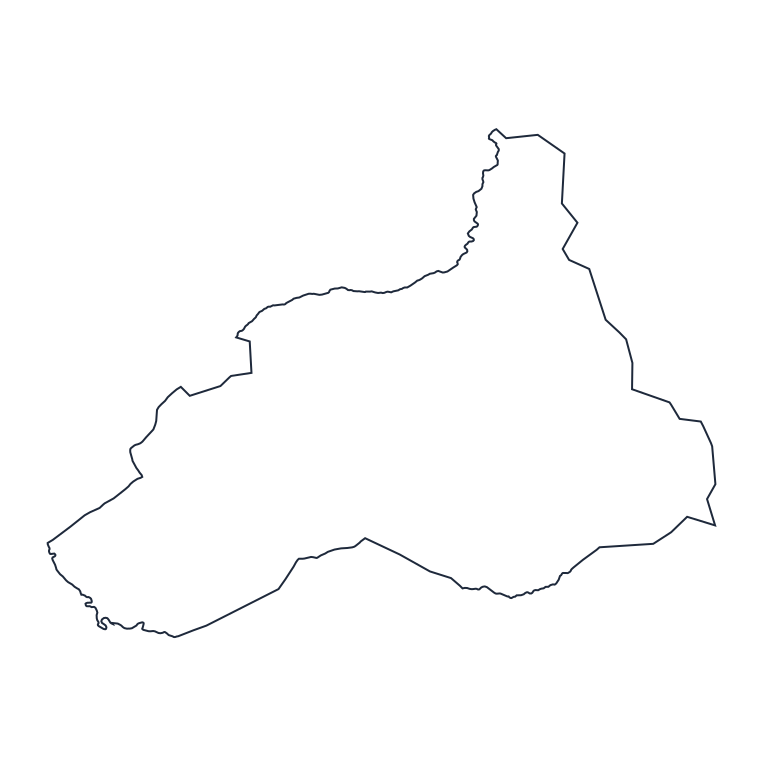 Xovd, Hovd, Mongolia (Equal Earth projection), rotated 181°
{"feature_id": "93677404B84217279169077", "entity_name": "Xovd", "entity_type": "district", "adm_level": 2, "iso_a3": "MNG", "parent_name": "Mongolia", "parent_adm1": "Hovd", "projection": "equal_earth", "projection_center": [91.437, 48.034], "detail": "fine", "context": "isolated", "style": "outline", "palette": "slate", "viewbox_px": 768, "rotation_deg": 181, "n_neighbors": 0, "source": "geoboundaries", "source_scale": "gbopen_adm2", "svg_char_len": 6154}
<svg xmlns="http://www.w3.org/2000/svg" viewBox="0 0 768 768"><g transform="rotate(181 384 384)"><path d="M532.6,428.0L519.0,424.2L516.7,392.8L537.0,389.4L538.6,388.0L547.5,379.1L578.0,368.8L587.1,377.6L591.2,375.0L595.7,371.1L600.0,367.0L602.6,363.3L606.2,359.9L608.9,357.0L610.5,354.2L611.1,343.1L612.0,339.4L613.8,334.5L620.9,326.6L624.5,322.2L625.8,321.1L627.0,320.3L629.2,319.4L630.8,319.0L632.4,318.3L635.7,315.6L636.5,314.5L636.6,313.1L636.5,311.4L634.4,304.4L634.1,302.8L630.1,295.7L628.3,293.4L626.8,291.1L624.7,288.7L624.1,286.9L625.8,285.9L628.8,284.9L633.0,282.1L635.8,279.6L637.6,277.2L640.7,274.4L652.3,264.9L661.2,259.8L662.8,258.4L666.2,255.1L675.6,250.7L681.0,247.5L694.9,236.0L712.5,222.3L717.5,219.2L717.4,217.9L716.4,215.5L715.6,214.1L715.5,213.1L716.0,211.9L716.0,210.7L715.8,210.0L715.3,208.9L714.8,208.3L714.1,208.2L710.7,208.7L710.2,208.3L709.6,207.5L709.6,206.7L710.1,206.0L712.3,204.8L712.7,203.8L712.2,202.2L709.7,197.5L708.6,194.2L708.3,192.9L707.6,191.9L704.5,188.1L701.8,186.0L698.4,182.1L696.4,180.4L692.3,178.1L689.9,175.9L687.1,174.2L685.5,173.4L684.1,171.4L683.6,169.6L682.9,168.0L681.7,168.1L679.3,167.2L678.5,166.4L677.2,165.7L675.6,165.8L673.9,164.9L673.1,164.0L672.4,161.8L672.5,160.8L672.9,160.3L676.7,160.1L677.9,159.7L678.6,159.1L678.2,157.4L677.5,156.7L676.2,156.6L674.3,156.7L672.4,155.8L670.1,156.1L669.2,155.6L668.5,155.0L667.2,152.4L666.6,150.4L667.3,147.9L667.1,144.7L666.5,142.7L665.5,141.3L665.2,140.1L665.9,138.6L665.8,137.8L665.1,137.0L660.1,134.2L658.5,133.9L657.6,134.4L657.3,136.0L658.1,137.7L659.9,139.0L661.8,140.2L662.5,141.9L661.9,143.6L660.0,145.1L658.2,145.4L656.5,145.0L655.2,143.5L653.4,140.6L652.4,139.9L650.8,139.2L651.3,140.3L646.0,139.8L643.2,138.4L642.1,137.6L641.0,136.5L639.3,135.4L636.9,134.9L633.9,135.0L631.8,135.4L627.3,138.2L626.6,139.3L625.9,140.0L624.7,140.6L621.6,141.5L620.8,141.3L620.3,141.0L620.1,140.1L620.9,136.7L621.5,135.0L620.4,134.0L615.0,132.7L612.9,132.7L610.5,133.0L608.7,132.7L605.1,131.1L603.2,130.9L600.9,131.4L599.4,132.2L598.6,132.1L596.9,131.0L594.9,129.2L590.9,128.0L589.9,127.4L589.0,127.3L587.9,127.5L587.0,127.9L585.4,128.2L570.3,134.4L557.4,139.3L485.9,177.1L479.2,187.0L471.2,199.8L468.9,204.2L467.2,206.7L466.0,207.8L462.0,207.9L460.5,208.1L453.9,209.8L451.8,209.6L448.5,208.9L447.7,209.1L444.2,211.5L439.8,213.5L437.2,215.2L430.6,217.6L424.1,218.9L417.8,219.4L413.0,220.1L411.1,220.7L409.9,221.4L407.8,223.1L405.4,225.1L404.6,226.1L400.2,229.5L365.3,213.8L334.8,197.4L313.6,191.1L304.7,183.7L301.9,181.0L299.9,181.5L297.4,181.5L294.9,180.7L293.0,180.4L291.3,180.5L288.9,180.9L287.7,180.8L286.8,180.3L285.7,180.2L285.0,180.4L283.5,182.0L282.0,182.9L280.3,183.3L279.5,183.3L277.6,182.7L270.1,177.2L268.8,176.5L267.7,176.3L264.8,176.6L263.8,176.5L256.9,173.7L255.7,173.8L255.0,173.0L253.9,172.3L252.8,172.2L250.8,173.4L249.1,173.7L247.7,175.0L243.3,175.2L240.6,176.2L239.0,177.6L237.4,178.3L236.5,178.2L234.6,177.1L233.2,177.1L232.1,177.8L230.9,179.7L230.3,180.2L229.1,180.6L226.2,180.5L224.5,181.6L223.1,182.1L220.8,182.5L218.9,184.0L216.1,184.1L214.1,185.8L211.6,186.6L209.8,186.4L208.3,187.6L207.3,189.2L205.9,191.4L204.7,195.1L203.5,196.0L202.7,197.5L202.0,198.1L201.2,198.2L198.4,198.2L197.4,198.1L196.8,198.2L194.9,199.4L194.0,200.5L193.6,201.6L193.0,202.3L191.4,203.8L182.0,211.7L168.5,221.9L165.7,224.5L112.0,228.9L94.3,240.8L78.6,256.5L50.5,248.4L59.0,274.6L50.9,289.6L54.8,327.4L56.0,330.5L64.1,347.4L66.6,352.0L87.8,354.3L96.7,368.5L98.2,370.6L135.9,383.1L136.0,409.4L142.7,432.9L149.6,439.7L163.5,452.1L180.8,502.6L201.1,511.3L207.7,522.1L193.4,548.6L209.3,567.6L207.5,617.6L234.6,635.8L266.2,631.9L276.1,640.7L277.7,640.0L279.7,638.6L280.7,637.5L281.3,636.3L283.1,634.6L283.5,633.7L283.2,632.6L283.4,631.3L283.1,630.8L279.9,629.6L279.0,628.6L277.4,627.4L276.4,627.0L275.8,626.4L275.9,625.9L276.2,625.2L276.1,624.5L273.4,620.9L273.3,619.9L273.5,619.1L274.2,618.0L275.2,614.8L275.7,614.5L276.1,613.9L276.1,613.3L274.1,609.5L274.1,608.6L274.2,607.4L274.2,605.7L274.5,605.0L278.0,602.9L279.8,601.4L282.4,599.7L283.6,599.4L286.6,599.5L287.7,599.3L288.5,598.4L288.7,596.5L288.3,594.1L288.7,592.6L289.2,591.7L289.1,590.3L288.3,588.3L288.2,587.4L288.9,586.0L289.1,584.8L289.0,583.6L290.0,580.9L292.9,578.5L295.1,577.7L297.3,576.1L298.2,574.6L297.8,570.9L296.6,567.3L294.4,562.5L295.3,560.3L295.0,559.4L294.2,557.6L294.5,553.9L297.0,550.7L297.0,549.5L296.4,548.2L293.1,545.9L292.8,545.1L293.0,544.2L293.5,543.4L294.1,542.9L297.0,542.5L297.8,541.9L298.9,540.0L301.3,538.1L302.8,536.0L301.8,533.6L300.6,532.6L297.6,531.3L296.8,530.4L296.7,529.4L297.3,528.6L298.0,528.3L299.0,528.0L301.2,527.9L301.9,527.4L302.5,526.6L303.0,525.7L304.4,524.7L305.4,523.7L305.8,522.8L305.6,521.9L304.0,520.5L303.2,519.6L303.0,518.0L303.7,516.9L307.0,515.3L308.4,514.1L309.7,512.3L310.2,510.5L310.8,509.5L311.9,509.0L312.8,508.0L313.0,507.1L312.5,506.1L312.4,504.9L313.3,503.9L316.7,501.7L322.5,497.6L325.9,496.6L327.3,496.5L331.7,498.0L333.4,497.5L335.0,496.3L336.4,495.7L340.2,495.0L341.5,494.1L345.3,492.5L347.7,490.3L349.7,489.0L351.2,488.3L352.5,488.0L354.8,486.0L359.3,482.8L362.5,480.9L364.9,480.9L366.5,480.3L367.8,479.4L369.5,479.1L371.4,477.9L376.3,476.8L378.4,475.8L381.9,476.4L383.2,476.1L385.2,475.2L386.8,474.9L388.6,475.3L391.5,474.9L394.5,475.4L397.9,476.4L399.9,476.1L403.7,476.1L404.2,475.7L405.0,475.6L410.4,476.3L412.4,476.2L416.2,476.4L417.7,477.2L419.2,477.4L420.0,477.2L421.6,477.3L423.3,478.6L424.9,479.4L428.0,479.9L431.9,478.7L434.8,478.6L439.2,477.4L440.1,476.2L440.5,475.0L441.3,474.2L447.6,472.3L450.2,472.0L455.8,473.0L457.3,472.8L459.2,473.0L460.9,472.9L466.4,471.0L470.2,469.0L472.9,468.6L475.9,467.7L477.2,466.5L482.3,463.7L483.5,462.9L483.9,462.3L484.4,462.0L485.4,461.7L486.8,461.8L494.5,460.7L496.4,460.7L499.1,459.3L500.7,459.3L501.7,459.0L503.1,457.7L505.0,457.0L507.2,455.0L509.6,453.9L510.3,453.2L510.9,452.2L512.3,450.6L512.8,449.8L513.2,448.7L513.9,447.9L515.0,446.9L517.0,444.5L520.4,442.5L521.0,441.5L521.7,440.8L522.8,440.0L523.8,439.0L525.2,436.3L525.6,436.0L526.1,435.4L527.1,434.7L529.1,434.3L530.0,433.6L530.9,432.5L531.2,431.5L531.2,430.4L531.4,429.7L532.6,428.0Z" fill="none" stroke="#1e293b" stroke-width="2"/></g></svg>